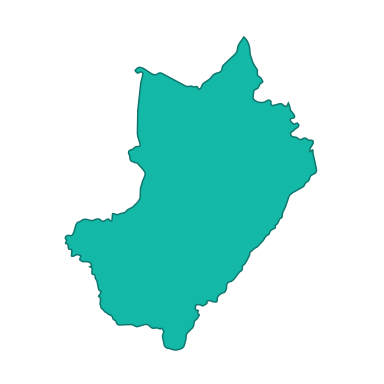 an SVG outline of Lékoumou, rotated 5°
{"feature_id": "COG-3344", "entity_name": "Lékoumou", "entity_type": "Region", "adm_level": 1, "iso_a3": "COG", "parent_name": "Republic of the Congo", "parent_adm1": "", "projection": "natural_earth1", "projection_center": [13.496, -3.075], "detail": "fine", "context": "isolated", "style": "filled", "palette": "teal", "viewbox_px": 384, "rotation_deg": 5, "n_neighbors": 0, "source": "natural_earth", "source_scale": "10m", "svg_char_len": 5968}
<svg xmlns="http://www.w3.org/2000/svg" viewBox="0 0 384 384"><g transform="rotate(5 192 192)"><path d="M230.0,33.1L230.4,33.3L231.9,34.5L233.8,36.7L235.5,39.7L236.8,43.2L238.0,49.9L241.2,57.4L243.0,60.4L245.5,63.4L246.5,65.0L246.9,69.6L248.0,70.8L249.5,71.6L251.0,72.8L252.9,75.8L252.3,76.9L250.6,78.0L248.6,82.9L245.7,84.6L244.7,86.1L244.6,92.3L244.4,93.1L246.7,95.5L249.9,96.7L253.3,96.9L256.3,96.2L258.7,94.5L260.1,93.8L261.4,93.8L262.7,94.9L263.1,97.9L264.0,98.8L265.1,98.8L271.6,96.5L272.5,96.3L273.9,96.5L276.0,97.9L277.4,98.6L278.7,98.4L279.5,97.1L280.2,95.0L281.6,97.5L283.0,101.9L287.0,106.3L287.5,107.5L287.7,108.2L287.3,108.9L286.8,109.4L286.1,109.7L284.2,110.2L283.5,111.2L283.8,112.3L284.5,113.4L286.7,115.0L287.7,115.6L288.5,115.7L289.1,115.0L289.9,114.4L291.0,114.3L292.3,115.4L292.6,116.6L292.2,117.8L291.3,118.7L289.3,120.2L287.5,122.2L285.6,123.8L285.0,124.9L285.3,126.0L285.9,127.1L286.8,128.0L287.8,128.3L290.1,128.3L291.2,128.5L292.4,129.0L293.8,130.0L295.0,130.4L296.2,130.2L298.6,128.7L299.8,128.4L301.0,128.6L302.3,129.5L303.4,130.1L304.7,130.2L306.1,130.0L307.9,130.4L308.4,131.4L308.5,132.7L308.0,134.0L306.1,137.8L305.7,139.3L305.6,140.9L306.1,141.6L306.8,141.1L308.0,139.6L308.6,139.6L308.9,140.5L309.2,143.0L313.7,157.5L314.2,159.7L313.9,161.3L313.2,162.4L312.2,163.2L310.2,164.4L309.2,165.2L308.5,166.2L308.1,167.2L307.8,169.0L307.5,169.8L307.2,170.5L306.7,171.1L305.0,172.5L304.1,173.5L303.6,174.6L303.4,175.2L302.7,176.8L292.5,183.8L289.8,186.3L289.3,187.4L288.8,188.6L286.5,198.3L284.4,203.8L284.0,205.5L283.9,207.6L283.9,208.8L283.8,209.4L283.4,209.9L282.0,210.9L281.5,211.7L280.3,215.2L279.6,216.3L279.0,217.1L278.1,217.7L277.9,218.1L277.9,218.8L278.1,219.5L278.0,220.5L277.6,221.0L275.7,222.0L274.4,223.0L273.8,223.6L273.3,224.3L272.4,227.2L272.0,227.7L269.8,229.2L269.2,230.1L268.6,231.1L267.7,233.1L267.1,234.1L261.9,240.9L261.6,241.1L260.6,241.7L258.5,243.4L255.4,246.7L254.9,247.4L254.8,248.0L254.8,248.3L254.8,248.6L254.9,249.3L254.7,250.4L253.7,252.7L253.0,254.6L251.4,258.1L250.5,259.4L248.9,261.0L248.7,261.4L248.7,261.8L248.8,263.6L248.7,265.0L248.4,265.7L248.0,266.3L246.4,267.4L241.1,275.7L238.6,277.8L237.6,278.0L236.3,278.6L235.6,279.3L235.1,280.0L234.8,280.8L234.6,281.6L234.6,282.4L234.7,283.2L234.8,284.2L234.7,285.5L234.0,287.6L233.5,288.5L233.1,289.1L231.5,289.8L230.3,290.5L228.3,292.0L227.4,293.2L226.6,294.5L226.5,295.5L226.5,297.6L226.3,299.0L225.7,299.5L225.1,299.6L224.4,299.4L222.9,299.6L222.2,299.5L220.1,298.7L219.1,298.7L218.1,298.8L216.8,299.2L216.6,299.9L216.6,301.5L216.0,302.2L213.7,303.9L212.7,304.4L211.8,304.4L211.1,304.2L210.5,303.8L209.5,303.6L208.5,303.5L206.6,304.1L205.9,304.4L205.5,304.7L205.4,305.1L205.3,305.4L205.6,308.1L205.8,308.9L206.4,309.3L207.1,309.4L207.9,309.3L208.4,309.5L208.6,309.6L208.6,309.9L208.1,311.8L208.2,312.5L208.7,313.0L209.9,313.5L209.9,314.1L209.5,315.1L208.5,317.2L207.3,318.8L205.9,320.1L205.5,321.3L205.4,322.5L205.4,323.8L205.2,325.3L204.3,327.3L200.6,331.6L199.4,333.3L198.8,334.8L198.7,336.0L198.8,338.5L198.7,339.7L197.6,345.8L196.9,347.1L196.2,348.1L195.6,348.6L193.8,349.5L191.8,350.3L189.4,350.8L187.8,350.9L183.3,349.9L181.1,349.7L180.1,349.4L179.1,348.8L178.2,347.9L177.6,346.7L175.3,338.9L175.2,337.6L175.4,336.4L175.7,335.1L176.0,333.9L175.6,332.7L174.9,331.5L174.3,330.7L173.4,330.4L172.6,331.2L171.6,331.1L168.9,330.4L165.4,331.1L164.1,331.0L163.1,330.5L160.0,328.1L158.3,327.9L156.2,328.2L150.0,330.7L148.3,331.0L144.9,329.7L143.8,329.4L142.7,329.4L135.4,330.2L132.8,330.7L131.2,330.8L129.9,330.7L128.9,330.0L128.2,329.0L127.7,327.9L127.2,327.0L126.4,326.6L125.7,326.3L125.2,326.0L124.5,325.4L124.0,324.3L123.5,323.2L122.5,322.1L119.2,321.0L117.9,320.1L117.5,319.7L115.9,319.1L111.5,315.2L110.2,311.7L110.2,305.6L108.6,304.7L108.0,303.9L108.7,302.7L109.2,301.9L110.2,298.8L108.4,298.3L107.3,296.7L105.2,289.3L104.5,288.1L103.4,286.6L103.0,285.9L102.9,284.1L102.5,283.2L101.9,282.9L100.1,282.6L99.5,282.2L99.2,279.8L99.3,277.8L98.8,276.3L96.7,275.4L98.6,274.3L96.9,271.3L94.6,270.5L89.0,270.9L86.0,269.3L86.8,265.1L83.6,264.3L82.4,264.6L79.6,266.2L77.9,266.5L77.4,265.7L77.4,260.4L76.8,259.7L75.5,259.8L74.2,259.6L73.6,258.2L73.4,256.4L73.0,255.2L72.1,254.5L70.6,254.3L70.6,253.2L71.5,251.1L69.8,249.2L70.0,247.5L70.5,247.0L71.0,246.6L71.8,246.1L72.3,246.0L75.0,246.1L75.7,245.9L76.3,245.5L76.6,245.0L76.9,244.6L77.9,241.9L79.2,234.9L79.5,234.2L79.9,233.5L80.4,232.7L80.8,232.3L81.3,232.0L83.2,231.1L85.3,229.4L86.1,228.9L86.9,228.7L87.8,228.5L89.6,228.5L93.8,229.2L94.7,229.2L95.5,229.1L96.3,228.8L98.7,227.5L99.1,227.4L100.5,227.1L101.4,227.1L102.2,227.2L102.9,227.5L104.7,228.8L105.4,229.0L106.4,228.8L107.6,228.2L109.6,226.8L110.7,226.3L111.5,226.3L112.5,227.5L113.1,227.9L114.1,227.7L114.6,227.1L114.8,226.2L114.7,221.8L114.8,220.6L115.3,220.3L116.1,220.4L118.1,221.0L119.2,221.1L120.2,220.9L123.5,219.4L124.5,219.1L125.4,219.0L127.6,217.7L128.9,215.8L130.4,214.6L134.2,212.3L139.1,206.5L140.1,204.3L140.8,202.6L140.4,193.0L141.8,185.6L143.6,180.1L143.7,179.3L143.8,178.0L143.4,176.7L142.6,175.5L141.7,174.3L135.2,168.2L134.2,167.8L132.2,167.6L129.1,166.6L128.2,166.0L127.7,165.1L127.3,164.0L126.8,161.5L125.7,159.4L125.4,158.5L125.4,157.1L125.8,156.4L126.5,155.8L128.4,155.0L129.5,154.3L131.4,152.3L132.4,151.7L134.7,151.4L135.9,150.8L136.2,149.9L136.1,148.7L133.1,141.1L132.5,138.4L130.9,115.4L131.5,87.6L132.7,80.1L132.8,78.6L132.3,77.5L131.4,76.9L130.5,76.8L129.4,77.3L128.4,78.0L127.4,78.2L126.7,78.0L125.7,77.1L124.7,75.8L127.3,72.9L129.1,72.3L132.6,73.0L141.6,77.8L144.6,78.6L146.1,78.2L148.8,76.4L150.4,76.1L151.8,76.5L176.3,87.0L178.8,87.4L181.5,86.6L184.5,87.1L185.3,87.2L187.2,86.5L188.1,86.7L189.3,88.7L190.0,89.0L191.5,88.0L192.2,86.7L192.6,85.2L193.3,83.6L194.7,82.1L199.3,78.4L200.5,77.1L202.5,74.1L203.9,72.7L205.6,71.7L208.9,70.4L210.3,69.3L211.0,67.9L211.4,64.4L212.3,62.8L223.0,50.8L224.1,49.0L224.7,47.3L224.9,44.1L225.2,42.3L226.7,39.0L229.7,34.0L230.0,33.1Z" fill="#14b8a6" stroke="#0f766e" stroke-width="1.5"/></g></svg>